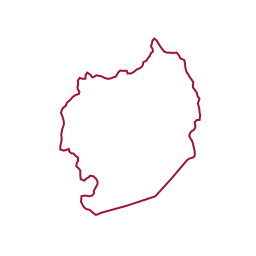 the district of Miracema, Rio de Janeiro, Brazil, rotated 310°
{"feature_id": "56859067B79621810451364", "entity_name": "Miracema", "entity_type": "district", "adm_level": 2, "iso_a3": "BRA", "parent_name": "Brazil", "parent_adm1": "Rio de Janeiro", "projection": "robinson", "projection_center": [-42.142, -21.39], "detail": "fine", "context": "isolated", "style": "outline", "palette": "rose", "viewbox_px": 256, "rotation_deg": 310, "n_neighbors": 0, "source": "geoboundaries", "source_scale": "gbopen_adm2", "svg_char_len": 1947}
<svg xmlns="http://www.w3.org/2000/svg" viewBox="0 0 256 256"><g transform="rotate(310 128 128)"><path d="M68.0,90.0L69.5,93.5L73.9,96.2L72.4,98.0L72.1,100.6L73.5,102.9L72.9,105.3L73.3,108.6L70.9,110.8L68.6,111.1L65.4,113.0L65.4,116.6L64.6,119.0L62.0,121.0L58.4,124.6L59.6,128.4L62.3,128.5L64.9,129.6L67.1,129.6L68.8,132.6L68.5,136.5L67.2,139.3L65.2,140.8L57.9,142.2L56.3,143.9L53.5,144.0L51.2,142.7L48.6,138.5L45.9,136.2L41.3,139.4L39.9,142.8L39.0,145.2L39.1,148.2L40.6,151.0L40.6,156.7L40.8,159.3L46.5,162.4L68.2,177.4L72.0,179.7L93.2,192.8L97.3,193.0L116.6,193.8L141.2,193.9L144.0,194.6L146.5,196.4L148.6,197.2L150.6,196.2L153.1,193.9L156.2,189.9L157.9,187.6L159.4,185.2L160.2,182.4L161.4,179.9L164.0,178.9L166.1,178.7L168.8,179.7L171.6,179.3L173.6,177.6L175.2,175.4L178.2,175.5L180.2,177.6L182.0,176.5L184.3,175.0L186.0,172.7L188.3,170.6L190.1,168.1L191.9,165.7L194.4,164.7L196.4,163.9L197.2,160.7L199.2,158.1L200.2,154.4L200.8,151.7L202.8,150.0L204.9,148.8L205.9,145.7L206.7,142.3L207.9,139.4L208.5,136.9L209.7,135.0L211.4,132.8L214.0,130.3L216.2,127.4L215.0,123.3L216.3,120.5L217.0,116.8L214.4,114.2L212.5,111.5L210.8,109.5L209.8,106.8L210.6,102.9L211.4,99.6L212.5,96.4L213.5,93.6L213.3,90.6L210.8,90.6L208.3,91.8L205.3,93.2L204.3,96.2L202.5,98.0L200.2,97.5L197.1,98.4L193.8,98.4L191.4,98.9L188.4,97.5L184.8,99.2L181.3,98.7L178.8,97.1L175.5,96.6L171.9,95.4L169.5,92.7L171.1,90.1L169.0,88.0L167.0,85.1L164.7,84.8L162.4,85.1L159.6,85.6L157.6,84.3L155.2,83.1L152.8,81.1L151.4,78.1L150.6,74.6L149.4,72.5L148.1,69.9L145.7,69.2L143.9,68.1L144.6,65.0L144.2,61.1L141.1,61.6L138.4,63.7L136.4,61.5L135.3,58.8L132.3,59.1L129.4,61.7L126.7,63.1L125.3,64.9L124.5,67.5L122.3,68.5L119.9,66.8L116.6,65.7L113.2,65.7L110.5,65.3L108.0,65.0L105.0,66.1L101.9,65.3L99.5,65.7L96.7,66.7L94.8,70.1L92.8,73.2L91.1,75.3L89.0,76.8L86.7,77.7L84.8,78.4L82.5,79.7L79.7,81.3L77.6,83.7L75.0,85.6L71.0,87.6L68.0,90.0Z" fill="none" stroke="#9f1239" stroke-width="2"/></g></svg>